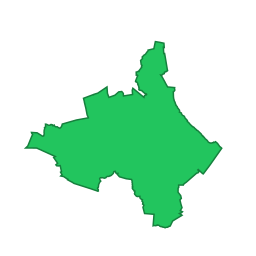 outline of Salinas Victoria, Nuevo León, Mexico, rotated 192°
{"feature_id": "50627088B71120151687353", "entity_name": "Salinas Victoria", "entity_type": "district", "adm_level": 2, "iso_a3": "MEX", "parent_name": "Mexico", "parent_adm1": "Nuevo León", "projection": "mercator", "projection_center": [-100.308, 26.122], "detail": "fine", "context": "isolated", "style": "filled", "palette": "green", "viewbox_px": 256, "rotation_deg": 192, "n_neighbors": 0, "source": "geoboundaries", "source_scale": "gbopen_adm2", "svg_char_len": 5526}
<svg xmlns="http://www.w3.org/2000/svg" viewBox="0 0 256 256"><g transform="rotate(192 128 128)"><path d="M213.2,89.4L193.2,85.0L194.6,83.7L189.5,78.9L190.9,77.0L189.8,76.2L187.9,76.5L186.5,77.1L184.0,71.5L184.8,70.8L182.8,68.6L183.8,67.1L180.8,67.1L176.6,65.4L176.4,65.5L176.1,65.4L176.3,64.8L172.0,63.5L171.9,63.6L169.4,62.6L151.4,60.8L144.2,59.9L143.9,60.3L144.4,61.3L144.3,61.6L145.3,62.7L145.2,63.3L144.7,63.9L144.8,65.5L145.0,66.1L144.7,67.8L144.4,69.1L143.6,70.4L144.8,71.6L145.2,72.6L144.7,73.6L143.7,73.7L143.4,74.0L142.0,74.1L141.0,74.0L140.2,74.1L139.6,74.8L139.2,74.9L138.9,75.7L138.3,76.3L136.5,76.7L135.8,77.6L135.3,77.5L134.5,78.2L133.0,80.4L132.8,82.4L131.5,83.0L131.4,83.0L131.2,82.6L130.8,81.6L129.4,81.2L128.4,81.5L128.4,81.4L129.0,80.6L126.2,78.5L119.2,78.0L113.8,78.4L112.8,76.7L112.8,75.9L112.4,75.1L112.0,74.2L112.1,73.6L111.8,73.2L111.6,72.5L111.6,71.7L111.0,71.3L111.4,70.2L110.4,69.0L109.5,68.5L109.1,67.9L109.0,68.0L108.2,67.8L107.9,65.9L108.0,65.1L107.5,64.4L106.8,64.0L105.9,63.2L104.9,62.9L104.1,63.0L103.0,63.4L102.6,63.4L102.2,63.6L102.0,62.9L101.9,62.5L101.3,61.6L100.1,61.1L99.0,60.8L99.2,59.9L99.1,59.3L98.5,58.9L98.0,58.4L97.7,57.8L97.9,57.5L97.9,56.6L96.8,56.2L96.4,55.7L96.9,53.6L94.0,47.8L84.6,49.0L83.1,37.6L82.8,37.8L82.2,37.9L81.9,38.1L81.4,38.2L81.0,38.1L80.1,38.4L79.8,38.6L79.5,39.1L79.3,39.3L78.6,39.0L78.2,39.2L77.9,39.3L77.3,39.2L76.5,38.6L75.7,38.4L75.1,38.4L74.6,38.6L74.2,38.4L73.9,38.5L73.6,38.3L73.4,38.3L73.0,38.3L72.9,38.3L72.6,38.4L72.2,38.4L71.6,38.3L71.0,38.1L70.8,38.2L70.2,38.7L69.4,39.0L69.1,39.0L68.4,39.3L68.2,39.5L68.1,39.9L67.9,40.0L67.7,40.3L67.4,40.5L67.0,40.4L66.8,40.6L66.4,40.8L66.3,41.0L65.0,46.3L62.3,48.9L57.0,53.9L59.9,55.1L58.2,56.1L57.3,57.4L59.7,58.0L58.6,61.3L60.5,64.7L61.5,66.9L61.9,67.5L61.9,67.9L62.3,68.5L61.2,70.2L62.4,72.8L65.7,75.6L66.4,79.2L66.5,79.5L66.0,80.7L66.4,81.8L66.6,82.7L62.0,83.7L62.0,84.3L61.1,85.6L59.8,87.0L51.4,98.2L50.3,98.6L49.7,99.6L49.8,99.8L49.7,100.1L49.8,100.3L50.1,100.9L51.0,101.5L50.7,102.0L45.7,99.0L45.6,98.9L45.1,98.9L44.8,98.8L40.1,108.9L32.1,127.7L33.4,128.5L34.4,128.9L37.3,131.6L39.6,132.8L39.8,132.6L40.6,131.8L41.0,131.8L41.4,131.9L41.7,131.3L42.0,131.3L42.3,131.1L42.5,131.1L42.8,130.9L43.0,130.7L43.6,130.5L44.0,130.4L44.2,130.5L44.5,130.4L44.9,130.5L46.2,130.8L46.5,130.9L47.7,132.1L48.2,132.5L48.6,132.6L49.3,133.1L50.0,133.3L51.3,134.5L52.0,135.0L52.3,135.0L52.5,135.3L52.6,135.5L52.9,135.4L53.1,135.4L53.3,135.5L53.4,135.8L53.9,136.2L54.1,136.2L55.2,137.4L55.6,137.7L56.5,138.2L58.7,139.6L59.4,140.0L59.7,140.1L60.4,140.1L60.5,140.1L60.7,140.5L61.3,140.9L61.8,141.1L62.2,141.4L62.5,141.4L62.9,141.8L63.5,142.3L64.0,142.4L64.2,142.6L64.5,142.5L64.9,142.6L65.1,142.8L65.4,142.8L65.9,143.3L66.4,143.5L68.8,145.1L69.3,145.6L71.5,146.9L71.6,147.1L71.5,147.7L73.2,148.9L74.3,149.6L74.8,150.5L75.5,151.2L75.8,151.4L77.2,151.7L78.4,152.6L78.8,153.6L79.2,153.9L81.0,154.2L80.9,155.1L81.5,156.3L82.2,156.8L83.1,157.7L83.6,157.8L84.3,159.1L84.6,159.3L85.6,160.1L85.8,160.1L86.0,160.8L86.8,161.8L87.0,162.2L87.1,162.5L87.8,163.5L88.6,164.4L88.6,164.7L89.5,166.4L90.1,168.3L91.2,172.8L90.8,173.2L90.7,173.4L90.3,174.0L90.1,174.4L90.4,175.9L90.8,176.3L91.0,176.9L90.9,177.2L97.8,176.4L100.8,179.8L101.4,180.6L106.1,186.0L106.7,186.2L106.7,186.4L106.9,186.6L106.4,186.6L105.7,186.9L105.5,187.5L105.2,187.9L104.9,188.2L104.4,188.2L104.1,188.5L103.8,188.8L104.0,189.9L103.9,190.2L103.2,190.6L103.1,190.8L102.8,190.7L102.6,190.8L102.2,191.4L102.0,191.5L101.6,191.9L101.3,192.1L101.2,192.4L101.9,193.8L102.3,194.9L106.6,205.8L106.9,206.2L106.8,206.3L107.7,208.5L108.5,208.2L110.2,214.3L109.3,214.3L110.5,218.4L114.7,218.4L119.2,218.2L119.2,210.9L124.5,208.4L124.3,208.0L125.0,206.6L125.3,206.1L126.2,203.9L127.0,203.0L127.2,202.8L127.8,202.3L127.8,202.1L128.0,201.7L128.6,200.9L128.9,200.4L128.3,199.2L128.6,198.4L129.7,196.7L128.2,192.6L127.3,192.2L127.6,190.3L127.3,190.1L128.9,186.8L129.0,185.9L129.2,186.0L129.3,185.6L129.8,185.6L130.3,185.0L131.6,184.4L130.9,181.4L129.7,181.7L129.4,181.4L130.4,175.3L130.0,174.8L129.4,174.7L129.3,174.9L129.1,174.9L128.9,174.6L128.2,174.1L127.8,173.7L127.6,173.2L127.1,172.4L126.9,172.0L127.0,172.0L126.4,171.2L126.1,170.6L125.8,169.8L125.6,169.8L125.5,169.3L125.3,169.0L125.3,168.8L125.5,168.3L125.4,168.0L124.9,167.5L124.8,167.4L124.1,167.6L123.6,167.4L122.2,167.5L121.8,167.0L121.0,166.5L120.5,166.4L119.3,165.6L118.4,165.2L117.8,165.1L117.5,165.1L117.4,165.2L116.9,165.0L116.8,164.8L116.9,164.3L117.7,163.8L118.3,163.5L118.6,163.1L118.8,161.7L118.8,161.3L131.5,167.9L131.7,165.8L130.5,161.7L139.1,158.4L139.8,160.9L141.7,162.4L144.6,161.4L147.2,157.9L147.7,157.3L153.0,154.0L155.3,157.6L157.1,163.8L164.8,155.8L168.4,153.8L168.4,153.4L168.5,153.3L168.9,153.4L169.9,152.8L177.7,147.8L176.0,144.3L176.0,144.1L173.3,138.5L170.7,132.3L169.3,130.5L168.9,129.7L180.1,125.1L193.1,118.2L193.2,116.3L193.7,114.8L194.1,114.1L194.7,113.6L195.5,113.8L196.4,113.9L197.3,114.5L199.1,114.1L199.4,114.2L199.9,114.6L200.5,114.7L200.8,115.4L201.5,114.7L202.1,114.6L202.3,115.3L203.4,115.5L203.6,115.2L204.3,115.3L204.9,114.5L206.1,114.2L206.6,114.2L208.4,114.7L209.5,114.6L209.2,113.5L209.1,112.7L208.8,112.1L209.2,111.8L209.3,111.5L209.7,110.9L209.4,110.7L209.5,108.1L209.2,106.4L209.1,105.8L208.7,104.8L208.8,104.2L208.7,103.8L208.9,103.3L208.9,103.0L208.8,102.8L208.9,102.7L209.3,102.5L209.7,102.2L209.8,102.2L212.0,103.0L215.9,104.4L221.5,103.6L221.2,103.0L219.9,101.7L220.4,100.0L222.2,89.9L222.3,89.5L223.9,87.2L213.2,89.4Z" fill="#22c55e" stroke="#15803d" stroke-width="1.5"/></g></svg>